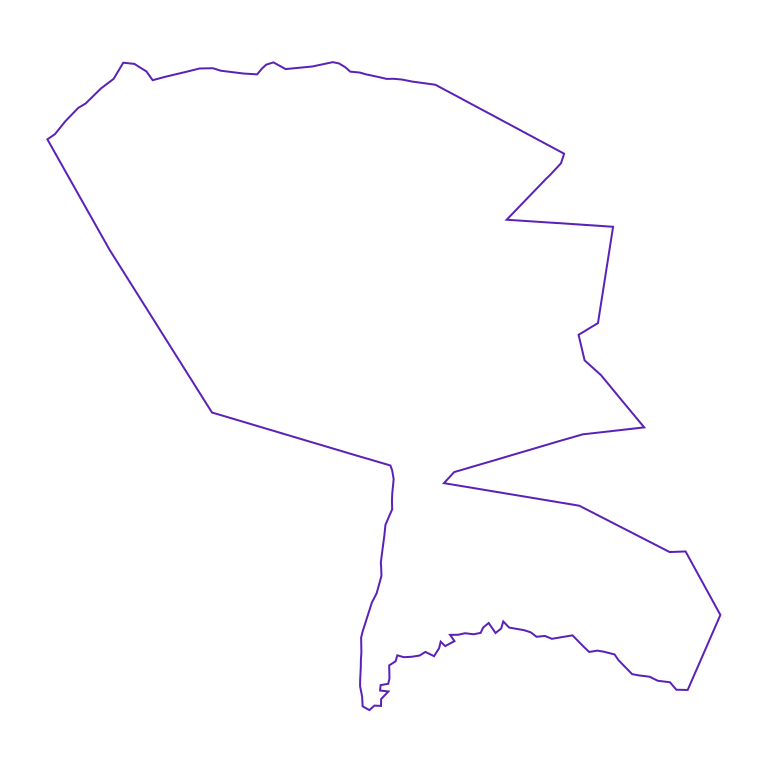 outline of São Lourenço do Piauí, Piauí, Brazil, rotated 89°
{"feature_id": "56859067B94074134644551", "entity_name": "São Lourenço do Piauí", "entity_type": "district", "adm_level": 2, "iso_a3": "BRA", "parent_name": "Brazil", "parent_adm1": "Piauí", "projection": "natural_earth1", "projection_center": [-42.478, -9.175], "detail": "fine", "context": "isolated", "style": "outline", "palette": "violet", "viewbox_px": 768, "rotation_deg": 89, "n_neighbors": 0, "source": "geoboundaries", "source_scale": "gbopen_adm2", "svg_char_len": 1807}
<svg xmlns="http://www.w3.org/2000/svg" viewBox="0 0 768 768"><g transform="rotate(89 384 384)"><path d="M695.2,85.7L620.8,51.7L556.7,85.4L557.0,101.4L509.1,190.9L495.7,263.4L484.2,325.8L473.3,315.4L459.0,263.4L444.5,211.1L437.8,186.2L431.9,124.6L405.2,146.0L378.9,166.9L363.9,183.0L338.2,188.6L326.8,169.0L230.8,152.2L221.9,258.5L182.1,218.8L177.5,213.9L166.4,203.2L156.9,199.9L121.4,263.4L85.7,327.4L82.0,351.1L79.9,360.7L79.0,369.0L79.0,376.0L76.8,384.7L74.0,396.9L72.2,402.6L71.1,412.3L66.5,417.3L62.7,423.4L61.3,429.6L65.3,450.2L67.4,476.9L60.5,488.9L62.7,496.3L66.5,500.5L72.2,505.5L71.1,519.2L67.9,541.8L65.3,549.5L65.3,562.8L68.2,575.4L73.1,597.7L76.2,610.0L67.3,616.1L62.9,623.0L59.6,627.9L58.2,639.1L74.2,649.0L78.8,655.3L83.6,661.9L98.3,677.4L102.6,684.9L115.7,698.0L128.4,708.6L133.5,716.3L245.1,656.0L409.5,556.5L452.8,419.9L465.6,379.0L470.7,377.3L479.4,376.0L493.9,377.7L502.0,378.1L509.4,378.0L516.6,381.3L524.8,385.0L535.6,386.3L553.5,389.0L562.7,390.3L568.4,390.0L575.8,389.9L593.1,395.0L602.2,399.9L630.8,409.6L637.1,411.3L652.0,411.3L659.2,411.9L667.5,412.2L673.5,412.6L679.5,413.0L685.8,413.2L696.4,411.3L705.9,411.0L709.8,404.3L705.4,399.2L705.8,392.6L699.0,392.4L691.5,385.0L690.4,393.3L685.0,392.6L683.8,385.0L678.6,383.7L665.4,383.7L661.5,377.3L655.5,375.4L657.5,369.0L657.2,361.0L656.1,353.1L652.6,347.3L657.0,338.7L649.1,333.5L642.6,331.8L647.1,327.4L642.3,318.0L636.0,322.3L636.0,314.1L634.6,307.4L635.8,298.7L634.5,291.7L629.2,289.1L624.8,283.5L634.9,276.8L630.5,271.1L623.5,268.9L629.7,263.2L632.6,248.2L634.9,241.5L639.4,235.9L638.7,227.5L641.7,220.6L638.6,199.9L650.3,188.8L655.5,183.5L654.3,175.3L655.5,168.9L658.4,158.2L664.3,154.3L678.4,141.0L679.8,134.3L681.3,123.6L685.5,115.4L687.2,103.3L694.8,97.0L695.2,85.7Z" fill="none" stroke="#5b21b6" stroke-width="2"/></g></svg>